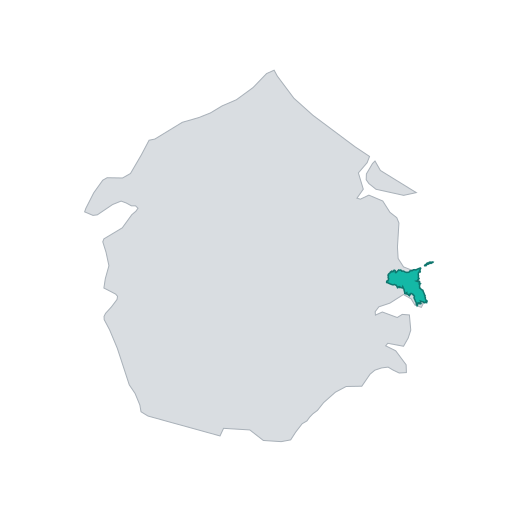 Western Area Rural, Western, Sierra Leone shown in context, rotated 196°
{"feature_id": "65957751B56468197775265", "entity_name": "Western Area Rural", "entity_type": "district", "adm_level": 2, "iso_a3": "SLE", "parent_name": "Sierra Leone", "parent_adm1": "Western", "projection": "albers", "projection_center": [-13.169, 8.289], "detail": "fine", "context": "in_parent", "style": "filled", "palette": "teal", "viewbox_px": 512, "rotation_deg": 196, "n_neighbors": 0, "source": "geoboundaries", "source_scale": "gbopen_adm2", "svg_char_len": 6824}
<svg xmlns="http://www.w3.org/2000/svg" viewBox="0 0 512 512"><g transform="rotate(196 256 256)"><path d="M432.9,251.2L432.7,254.9L429.4,272.0L424.2,286.6L420.7,290.2L405.8,294.2L399.4,300.7L394.1,321.5L390.7,337.8L385.5,340.5L363.7,364.2L349.3,373.2L339.3,380.9L329.9,391.0L317.9,400.8L305.2,417.2L296.1,434.3L289.8,439.6L285.1,434.8L263.1,418.1L240.0,406.9L190.7,388.2L174.3,383.0L174.9,376.3L180.5,364.1L171.3,349.8L174.9,339.4L171.3,339.4L164.3,345.6L149.3,343.8L139.3,334.9L131.2,331.6L127.7,327.1L122.5,303.6L118.7,292.8L111.2,286.2L96.1,284.6L89.9,270.2L81.6,259.1L82.9,252.2L89.7,252.6L95.1,257.6L103.7,259.6L114.3,247.6L123.9,241.0L126.1,235.3L124.9,232.1L119.1,237.0L103.3,235.8L99.3,240.2L92.3,241.6L86.8,227.4L87.1,219.1L89.3,209.9L105.3,208.4L106.6,205.4L95.6,203.4L81.7,192.8L79.3,185.4L86.1,183.0L92.7,184.1L98.4,185.6L104.5,183.0L110.3,179.0L113.8,173.8L118.4,160.0L133.4,155.4L142.2,146.9L150.6,133.7L154.4,124.5L157.9,119.9L160.0,115.9L161.6,111.5L165.4,107.5L169.3,97.7L172.0,88.8L180.6,84.5L198.1,80.7L214.0,87.1L239.7,81.4L241.0,73.1L264.6,72.9L292.5,72.6L315.7,72.4L323.6,74.6L326.6,80.8L334.3,90.5L342.3,97.2L352.3,112.0L363.9,129.1L376.4,144.7L384.4,153.0L385.4,156.0L384.8,159.4L380.9,167.3L377.6,175.9L378.0,179.1L380.4,180.7L393.4,183.3L394.6,192.8L394.7,206.1L401.2,218.3L407.2,227.4L406.9,230.6L392.3,246.2L386.7,261.6L383.8,265.9L382.6,269.4L385.6,271.0L389.6,269.9L395.4,271.2L400.8,271.6L408.0,266.0L419.9,251.8L423.9,250.1L432.9,251.2ZM169.5,377.0L167.8,380.1L160.0,372.5L119.4,361.1L130.8,355.0L159.0,353.2L167.4,356.7L171.1,359.7L172.5,365.3L169.5,377.0Z" fill="#d9dde1" stroke="#a8b0b8" stroke-width="1"/><path d="M108.8,265.5L108.0,265.6L107.0,265.6L106.2,265.7L106.0,265.9L106.5,266.7L106.5,266.8L106.5,267.0L106.4,266.9L106.3,266.6L105.8,266.2L105.7,265.9L105.7,265.6L105.3,265.3L105.2,265.2L104.7,265.0L104.5,264.7L104.4,264.6L104.2,265.0L104.3,264.5L104.3,264.3L104.1,263.9L104.0,263.5L103.8,263.3L103.7,263.1L103.2,262.4L102.8,261.2L102.7,261.0L102.4,260.9L101.9,260.9L101.3,261.1L101.3,261.3L101.2,261.3L101.3,262.0L101.2,262.2L101.0,262.4L100.9,262.1L101.0,262.1L101.0,261.8L100.9,261.4L100.6,261.1L100.1,260.8L99.8,261.0L99.5,261.0L98.9,261.0L98.4,260.4L98.1,260.3L97.9,260.4L97.9,260.6L98.2,260.7L98.1,260.9L97.9,261.1L97.7,260.8L97.6,260.7L97.6,260.8L97.1,261.3L97.1,261.5L97.5,261.9L97.5,262.0L97.2,262.2L97.0,262.6L96.7,262.7L96.4,262.8L96.2,262.7L96.0,262.8L95.6,262.6L95.2,262.5L94.8,262.4L94.6,262.4L94.6,262.2L94.4,262.1L94.0,262.0L94.0,261.8L93.7,261.7L93.4,261.6L93.2,261.5L93.1,261.4L92.9,261.3L92.9,261.1L92.6,260.9L92.5,259.9L92.5,259.6L92.6,259.4L91.6,258.1L91.3,257.9L90.6,256.9L90.1,256.2L89.8,256.0L89.2,255.5L89.0,255.0L88.8,254.4L88.5,254.1L88.6,253.9L88.3,253.7L88.3,253.4L88.2,253.3L87.6,253.0L87.4,252.7L87.2,253.2L87.2,253.4L87.4,253.5L87.6,254.0L87.5,254.3L87.5,254.5L87.4,254.4L87.4,254.6L87.1,254.8L87.5,255.1L87.4,255.4L86.9,255.8L86.4,256.1L85.2,255.2L85.0,255.4L84.9,255.5L84.8,255.4L84.5,255.6L84.9,255.7L85.0,256.0L84.9,256.0L84.9,256.4L85.0,256.4L85.1,257.5L85.1,257.9L85.2,258.0L83.8,257.9L83.2,258.0L82.9,257.9L82.9,258.0L82.7,258.0L82.2,258.0L81.9,257.7L81.6,257.7L81.1,257.5L80.9,257.7L80.7,257.7L80.5,258.2L80.4,258.1L80.2,258.3L79.9,258.3L79.7,258.4L79.4,258.2L79.1,258.2L79.1,258.3L79.4,258.6L79.5,258.9L79.6,259.4L79.3,259.7L79.1,259.7L79.1,259.8L79.4,260.1L79.6,260.1L79.8,260.2L80.0,260.2L80.3,260.3L80.5,260.4L80.8,260.8L81.5,261.7L81.6,261.9L81.8,262.9L82.1,263.0L82.3,263.3L82.6,263.8L82.7,264.1L82.5,264.4L82.9,264.7L82.9,264.8L83.1,265.0L83.3,265.0L83.4,265.4L83.9,266.0L84.9,267.3L85.7,268.2L85.9,268.6L86.1,269.0L86.7,269.2L87.2,269.2L87.9,269.4L88.1,269.5L88.7,270.0L89.2,270.1L89.5,270.3L89.6,270.5L89.9,270.4L90.5,272.1L90.6,273.1L90.7,273.3L91.1,273.7L91.2,274.1L90.8,274.3L90.7,274.4L90.9,274.4L90.8,274.5L91.0,274.8L90.7,274.8L90.8,275.0L91.1,274.9L91.5,275.0L91.5,275.4L91.7,275.5L92.0,276.1L91.7,276.4L91.7,276.5L91.8,276.6L92.0,276.4L92.5,276.5L92.9,276.5L93.1,276.6L93.1,276.4L93.3,276.5L93.5,276.2L93.7,276.3L94.0,276.3L94.2,276.0L94.9,276.1L94.2,276.5L93.6,276.7L93.4,276.8L93.8,277.4L93.9,277.8L93.7,278.3L93.5,278.5L93.3,278.5L93.3,279.0L93.1,279.0L93.0,279.3L93.3,279.6L93.6,279.6L93.9,279.8L94.1,280.2L94.2,280.9L94.3,281.9L94.5,282.0L94.9,282.7L95.2,284.9L94.6,286.0L94.5,286.3L94.6,286.7L94.4,286.8L94.3,287.2L94.5,287.4L94.5,287.9L94.5,288.3L94.4,288.9L94.3,289.4L94.3,289.6L94.7,289.8L94.9,289.7L95.5,289.2L95.8,289.0L96.7,288.3L97.1,288.0L97.3,287.7L97.8,287.4L98.2,286.9L98.4,286.7L98.7,286.6L99.3,286.7L99.7,286.6L100.1,286.3L100.6,286.2L100.8,286.1L101.0,286.1L101.3,285.6L101.5,285.5L101.7,285.0L102.0,284.9L102.6,284.9L103.1,284.5L103.1,284.4L103.9,284.1L104.0,283.9L104.0,283.7L104.1,283.2L104.4,282.9L104.5,282.7L104.7,282.4L105.3,282.3L106.0,282.0L106.5,281.7L106.8,281.8L108.1,281.6L109.2,282.0L109.7,282.1L110.2,282.1L111.6,281.6L111.7,281.8L112.2,282.2L112.8,282.3L113.1,282.4L113.3,282.3L113.5,282.0L113.8,281.9L114.6,281.9L114.9,282.0L115.1,281.7L115.7,280.6L115.9,280.4L116.2,279.7L116.6,278.9L116.7,278.7L116.9,278.5L117.4,278.5L117.7,279.1L117.7,279.4L118.0,280.1L118.7,280.5L119.0,280.5L119.4,280.4L119.5,280.2L119.7,279.3L119.9,278.8L120.3,278.7L120.8,278.5L121.1,278.6L121.3,278.9L121.6,278.5L121.1,278.3L121.6,278.1L121.8,278.0L121.9,277.8L122.3,277.7L122.2,277.2L122.4,276.8L122.7,276.6L122.9,276.3L123.2,275.8L123.4,275.3L123.6,275.2L123.8,274.6L123.4,274.1L123.7,273.7L123.3,273.1L123.0,272.0L123.0,271.5L122.3,270.9L122.3,270.4L122.2,269.9L122.3,269.2L122.4,268.4L123.0,268.3L123.2,268.2L123.3,267.6L123.3,266.9L123.0,266.5L122.0,266.6L120.5,266.3L119.7,266.2L117.9,266.0L117.3,266.0L116.6,266.0L116.1,266.1L115.8,266.3L115.5,266.6L115.1,266.8L113.8,266.5L113.3,266.6L112.9,266.4L112.1,265.5L111.9,265.5L111.8,265.2L111.4,265.2L111.1,264.5L110.9,264.6L110.8,265.3L110.6,265.7L110.2,265.9L109.8,265.7L109.6,265.5L109.3,266.1L108.9,265.8L108.8,265.5ZM91.2,293.6L91.3,293.3L91.1,293.1L90.7,293.2L90.5,293.6L90.2,293.6L90.3,293.9L90.0,294.2L89.8,294.2L89.8,294.4L89.5,294.4L89.7,294.5L89.4,294.7L89.3,295.1L89.0,295.2L88.5,295.6L88.2,295.6L87.8,295.9L87.7,296.4L87.8,296.6L88.2,296.7L88.5,296.8L89.0,296.7L89.3,296.5L89.2,296.4L89.1,296.2L89.2,295.8L89.3,295.7L89.3,295.4L89.7,295.5L89.8,295.5L89.8,295.3L89.8,295.1L89.8,294.9L90.1,294.8L90.5,294.7L90.8,294.5L90.7,294.3L90.9,294.1L91.0,293.8L91.2,293.6ZM87.6,297.2L87.8,296.8L87.6,296.6L86.5,296.9L86.1,297.3L85.9,297.3L85.7,297.3L85.7,297.5L85.6,297.8L85.5,297.7L85.2,297.8L85.1,298.0L85.3,298.4L85.5,298.3L85.8,298.2L86.0,298.2L86.3,298.3L86.6,298.2L87.1,298.1L87.2,297.9L87.7,297.8L87.8,297.4L87.6,297.2ZM84.8,298.9L85.2,298.6L84.9,298.0L84.7,298.2L84.8,298.4L84.5,298.5L84.2,298.6L84.1,298.9L84.4,298.9L84.8,298.9ZM94.4,286.1L94.3,285.6L93.9,285.7L93.9,286.2L94.4,286.1Z" fill="#14b8a6" stroke="#0f766e" stroke-width="1.5"/></g></svg>